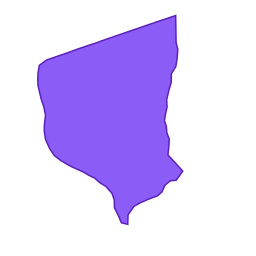 outline of Valparaíso de Goiás, Goiás, Brazil, rotated 341°
{"feature_id": "56859067B60747334875226", "entity_name": "Valparaíso de Goiás", "entity_type": "district", "adm_level": 2, "iso_a3": "BRA", "parent_name": "Brazil", "parent_adm1": "Goiás", "projection": "robinson", "projection_center": [-47.989, -16.094], "detail": "fine", "context": "isolated", "style": "filled", "palette": "violet", "viewbox_px": 256, "rotation_deg": 341, "n_neighbors": 0, "source": "geoboundaries", "source_scale": "gbopen_adm2", "svg_char_len": 993}
<svg xmlns="http://www.w3.org/2000/svg" viewBox="0 0 256 256"><g transform="rotate(341 128 128)"><path d="M209.7,37.2L192.0,37.0L182.2,37.0L175.5,37.0L167.6,37.0L159.8,37.0L149.4,37.0L139.6,37.0L131.3,37.0L125.9,37.2L118.8,37.0L111.6,37.0L104.6,37.0L97.6,37.2L86.1,37.2L79.3,37.2L73.0,37.2L64.5,39.9L60.9,46.6L58.6,52.4L56.7,58.8L56.1,64.9L55.3,72.6L55.3,80.4L54.2,89.0L49.9,97.9L47.9,103.4L46.3,111.8L47.2,121.8L49.4,130.1L53.8,136.8L58.1,141.9L61.9,146.1L66.4,150.3L71.5,155.2L75.8,160.2L80.2,164.5L83.3,170.2L88.0,176.0L91.6,184.6L91.6,191.7L89.2,198.9L90.3,207.1L90.9,215.5L96.4,219.0L99.8,210.1L108.2,204.0L115.5,202.7L124.0,202.0L134.0,201.7L139.4,199.4L144.2,194.2L150.8,191.7L156.5,193.1L161.2,189.9L165.7,186.6L162.1,178.0L157.0,166.5L160.9,158.1L163.4,152.0L163.2,145.2L164.8,138.8L164.9,132.9L167.9,127.2L171.8,120.8L173.8,113.8L178.9,105.7L183.7,99.0L186.6,90.9L193.2,85.5L197.0,78.4L200.7,69.8L201.3,62.8L209.7,37.2Z" fill="#8b5cf6" stroke="#5b21b6" stroke-width="1.5"/></g></svg>